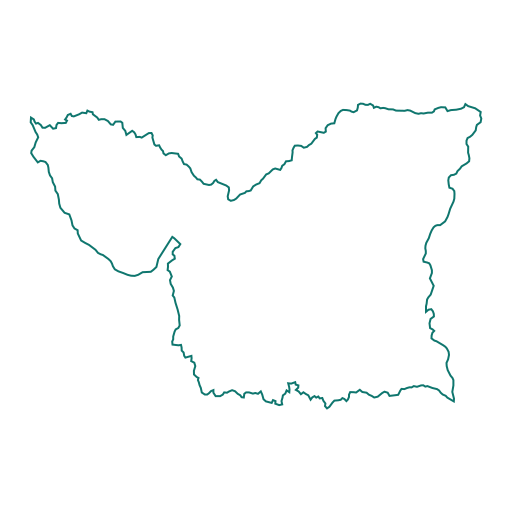 outline of Faina, Goiás, Brazil
{"feature_id": "56859067B6165476818632", "entity_name": "Faina", "entity_type": "district", "adm_level": 2, "iso_a3": "BRA", "parent_name": "Brazil", "parent_adm1": "Goiás", "projection": "mercator", "projection_center": [-50.379, -15.446], "detail": "fine", "context": "isolated", "style": "outline", "palette": "teal", "viewbox_px": 512, "rotation_deg": 0, "n_neighbors": 0, "source": "geoboundaries", "source_scale": "gbopen_adm2", "svg_char_len": 6057}
<svg xmlns="http://www.w3.org/2000/svg" viewBox="0 0 512 512"><path d="M31.0,117.6L30.7,122.3L32.7,125.2L35.6,132.1L37.2,134.5L38.2,137.3L35.7,142.4L34.3,147.2L31.6,150.6L31.2,153.1L33.4,156.7L37.8,162.4L40.5,160.8L43.4,161.3L45.5,162.0L47.8,165.0L48.4,167.7L48.8,171.9L50.0,175.4L52.1,178.3L52.8,182.2L55.1,186.6L55.4,190.6L57.8,194.1L58.9,199.7L59.2,203.6L60.4,207.8L64.6,212.8L69.3,214.4L71.5,220.4L72.5,225.4L74.5,228.5L77.6,230.2L77.8,233.5L81.1,240.5L85.1,242.9L89.0,244.9L95.5,249.8L98.0,252.9L100.7,254.3L102.9,255.0L108.4,259.0L110.7,261.2L112.0,263.6L112.9,266.2L114.8,269.3L118.3,271.3L123.1,273.0L127.5,274.8L131.0,275.7L134.7,275.9L138.2,274.8L142.6,272.2L150.8,271.8L153.4,269.8L156.4,267.0L158.3,259.0L172.3,236.9L174.3,238.3L180.3,244.1L178.4,247.1L175.4,248.1L172.7,251.8L172.7,254.4L174.4,255.7L174.8,258.7L172.3,260.2L167.9,263.6L168.0,266.9L167.6,270.1L169.8,271.6L171.8,276.5L170.0,280.1L170.7,283.9L172.9,287.6L173.9,290.9L172.7,295.5L174.3,297.5L175.5,302.8L177.6,309.5L179.2,316.0L179.1,319.9L179.7,325.4L178.3,328.0L175.7,329.4L174.6,331.6L173.2,336.5L173.2,339.3L172.2,341.6L172.5,344.6L178.5,345.3L181.0,344.9L181.6,347.5L181.7,350.6L183.6,352.5L184.2,355.8L185.4,357.6L191.4,355.9L191.6,358.2L191.2,361.1L194.3,362.7L195.3,366.1L193.9,370.8L194.0,374.5L196.7,377.0L198.5,378.0L197.9,380.0L198.8,382.2L199.6,385.2L200.8,387.9L201.8,392.5L204.8,394.5L207.2,394.5L208.9,393.3L211.0,391.1L213.4,390.1L213.4,392.7L215.6,396.1L220.2,396.1L222.8,394.6L224.2,392.4L227.0,392.7L229.0,391.5L232.1,390.2L235.0,391.2L237.7,393.8L240.3,395.3L241.6,397.2L243.8,397.5L244.3,393.8L246.1,392.4L249.0,392.4L252.9,393.6L255.3,393.0L258.0,393.8L260.8,391.4L262.2,394.5L263.5,399.2L265.9,401.4L271.7,402.9L273.0,400.1L275.5,401.1L275.3,403.7L279.2,405.1L282.2,404.4L281.5,401.1L282.5,397.7L282.9,395.4L285.3,393.6L286.6,390.4L289.3,392.2L289.5,389.4L289.1,386.7L288.2,383.3L291.2,383.6L295.2,382.2L295.7,384.6L298.4,385.4L298.2,387.7L295.9,389.9L298.7,391.5L300.9,394.2L303.4,392.3L306.0,394.1L308.3,395.3L310.6,399.7L312.3,397.4L314.5,396.1L316.2,397.6L318.3,396.5L319.7,398.4L322.3,398.0L323.4,400.8L325.4,403.5L325.0,406.1L327.0,408.4L329.4,406.8L332.5,402.6L334.4,400.6L338.2,400.3L340.7,399.8L342.4,398.1L344.4,399.0L346.4,401.1L347.9,399.5L349.0,396.9L349.0,394.7L350.2,392.1L353.6,392.2L356.1,392.5L359.8,389.8L362.3,392.0L366.6,392.7L368.9,394.7L371.7,395.9L374.2,397.5L377.7,396.7L382.2,393.0L384.5,391.7L387.7,392.7L389.5,395.9L396.1,395.1L398.2,394.8L400.3,390.6L401.5,388.9L404.4,389.1L407.0,388.0L409.5,387.3L411.6,387.4L413.8,386.1L417.0,386.8L421.1,385.4L423.3,385.3L425.3,386.6L427.4,386.1L432.4,388.0L437.0,389.1L439.1,390.5L440.7,392.7L442.7,394.5L445.7,395.8L447.3,397.6L453.8,401.4L454.0,398.7L452.3,391.9L453.4,385.5L453.4,380.1L452.5,378.0L450.5,375.6L447.7,370.1L446.7,366.1L446.5,362.9L448.1,359.3L449.0,354.9L448.6,351.8L446.8,348.4L445.4,346.8L443.3,345.3L436.4,341.2L434.4,340.6L431.5,338.4L431.6,335.6L432.4,332.8L434.2,330.9L432.6,329.4L430.1,328.1L429.5,323.3L430.6,318.9L433.9,316.5L433.8,313.9L432.9,311.3L431.3,309.2L428.5,309.7L426.0,311.8L426.0,306.2L426.6,303.8L427.1,299.5L428.3,297.4L430.7,294.6L433.7,285.8L429.9,278.4L431.9,273.0L431.9,270.2L430.4,265.3L429.2,263.3L427.1,262.5L423.6,261.7L423.1,259.1L425.8,253.5L425.8,251.0L425.3,248.3L425.5,245.7L426.3,242.8L428.8,238.2L430.2,233.9L431.7,230.4L433.6,227.3L435.4,225.8L437.4,225.1L440.2,225.1L445.1,221.4L447.5,217.0L448.5,214.3L450.2,208.7L453.5,201.6L454.3,198.7L454.5,193.9L454.3,191.1L452.5,188.7L449.4,187.7L448.7,184.2L448.3,180.3L448.8,177.5L451.0,175.2L453.9,174.8L456.3,173.6L457.5,171.1L460.0,168.7L461.7,166.3L466.6,163.4L469.1,161.3L469.4,158.3L468.8,155.1L468.1,152.7L468.2,146.6L466.5,144.0L466.5,140.7L467.6,138.0L470.0,136.8L472.3,134.9L475.7,130.4L476.2,127.1L476.9,124.9L480.6,122.2L481.3,118.5L480.1,115.5L480.7,112.0L475.2,108.3L468.1,106.1L465.4,104.1L464.0,107.2L461.1,108.7L456.3,109.7L450.9,110.1L447.5,111.1L445.3,107.4L441.0,107.2L438.3,107.9L434.7,109.4L433.9,111.4L431.9,112.7L427.7,112.7L423.6,113.5L421.0,113.2L418.5,113.8L415.2,113.1L410.2,110.6L407.5,110.1L404.7,110.8L396.0,110.6L393.0,109.4L388.5,109.3L385.2,108.2L383.2,107.9L380.4,108.3L378.6,107.2L376.3,106.7L373.9,107.8L373.1,105.5L370.2,103.8L367.9,104.9L365.4,104.8L363.1,103.8L360.5,103.6L358.0,104.9L357.8,107.5L357.0,110.4L353.6,112.2L351.5,111.6L349.9,110.6L346.7,110.1L343.0,109.9L340.8,110.9L338.5,113.1L336.5,116.6L335.5,119.0L334.3,123.3L331.1,123.6L327.7,125.2L325.6,128.2L325.8,131.6L323.8,132.8L317.6,131.5L315.9,133.1L317.2,134.7L316.8,137.6L314.9,138.9L311.3,143.7L308.9,145.1L307.0,146.9L303.8,147.7L301.2,145.9L297.8,145.5L294.8,145.7L293.6,147.7L292.5,150.3L292.6,152.4L292.0,157.1L291.7,160.3L288.9,161.1L286.0,161.3L284.4,164.2L282.2,165.8L281.4,168.1L280.2,169.9L275.2,168.5L272.8,169.4L268.7,173.4L266.2,174.4L263.0,178.7L261.3,180.2L259.5,183.2L256.2,184.5L253.2,186.4L250.7,190.5L248.7,191.1L246.4,191.3L244.9,192.9L240.1,194.5L236.2,198.6L234.0,200.0L230.8,200.8L228.2,199.3L227.7,196.3L229.1,190.3L228.8,187.4L226.2,185.5L217.8,182.1L216.1,179.8L214.4,180.9L213.1,183.0L211.2,184.6L209.0,185.0L203.6,183.8L201.8,181.5L199.9,179.6L197.4,179.3L195.9,177.5L193.9,175.7L191.6,172.2L190.3,168.4L188.8,166.6L186.6,164.6L184.0,164.1L182.6,161.3L181.6,158.6L179.1,156.5L178.1,153.8L171.6,153.0L168.9,153.4L165.8,155.2L163.5,153.4L163.0,151.1L161.5,149.6L160.1,147.4L159.1,145.3L156.0,145.8L154.4,144.5L152.4,137.6L152.7,135.4L151.5,133.0L148.8,133.1L141.7,137.6L139.8,136.9L136.3,137.1L135.5,134.4L134.2,132.3L132.2,130.8L126.4,134.9L125.3,130.9L122.8,127.9L122.3,122.8L120.6,121.5L115.4,121.6L113.1,124.8L110.8,124.4L107.9,121.0L104.5,119.2L101.2,119.2L98.8,119.8L97.2,117.5L92.9,114.3L92.5,112.2L89.4,111.6L87.4,110.6L86.3,113.2L82.1,112.6L79.1,114.3L73.8,116.4L71.8,116.0L70.6,113.8L67.8,115.0L66.6,117.4L65.1,119.5L67.0,120.6L65.8,122.9L61.5,123.2L58.1,122.9L56.5,125.0L56.0,128.1L53.1,128.7L49.8,125.2L45.1,127.8L42.5,127.7L40.8,125.0L38.0,122.9L36.0,123.6L34.7,121.8L33.8,119.4L31.0,117.6Z" fill="none" stroke="#0f766e" stroke-width="2"/></svg>